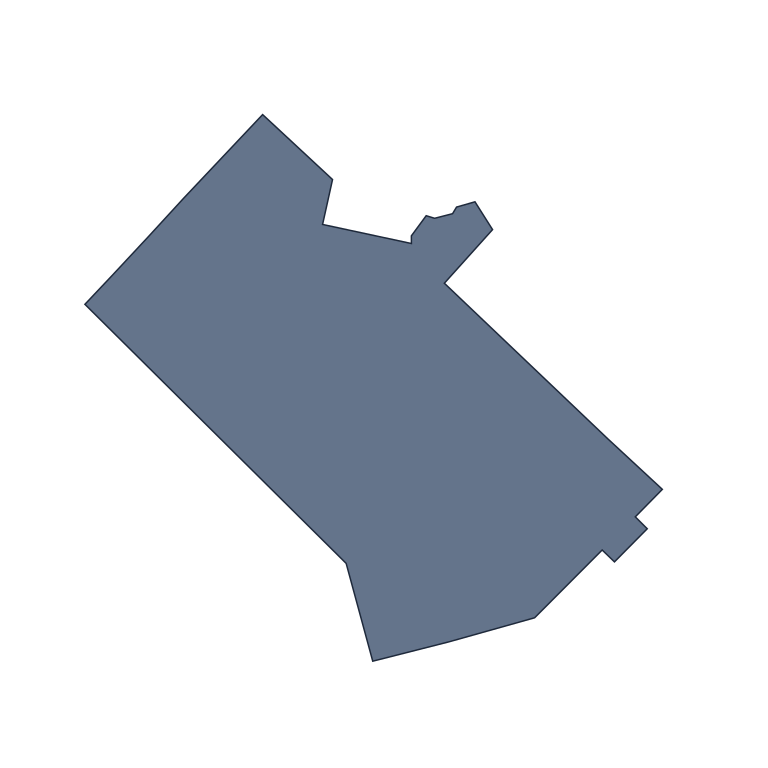 the district of Hamilton, New York, United States of America, rotated 320°
{"feature_id": "52423323B65561543584618", "entity_name": "Hamilton", "entity_type": "district", "adm_level": 2, "iso_a3": "USA", "parent_name": "United States of America", "parent_adm1": "New York", "projection": "orthographic", "projection_center": [-74.36, 43.668], "detail": "fine", "context": "isolated", "style": "filled", "palette": "slate", "viewbox_px": 768, "rotation_deg": 320, "n_neighbors": 0, "source": "geoboundaries", "source_scale": "gbopen_adm2", "svg_char_len": 494}
<svg xmlns="http://www.w3.org/2000/svg" viewBox="0 0 768 768"><g transform="rotate(320 384 384)"><path d="M350.0,112.9L298.7,119.6L244.9,126.2L206.1,130.7L239.7,497.1L197.2,589.1L267.9,623.2L349.1,659.9L444.4,651.4L446.2,668.4L492.6,664.1L491.1,647.3L529.5,643.6L520.2,569.8L495.0,345.6L566.4,335.5L570.8,302.9L553.3,295.1L546.0,297.6L529.3,289.6L524.5,282.2L500.2,288.1L495.3,294.0L439.5,222.3L476.0,194.3L464.2,99.6L350.0,112.9Z" fill="#64748b" stroke="#1e293b" stroke-width="1.5"/></g></svg>